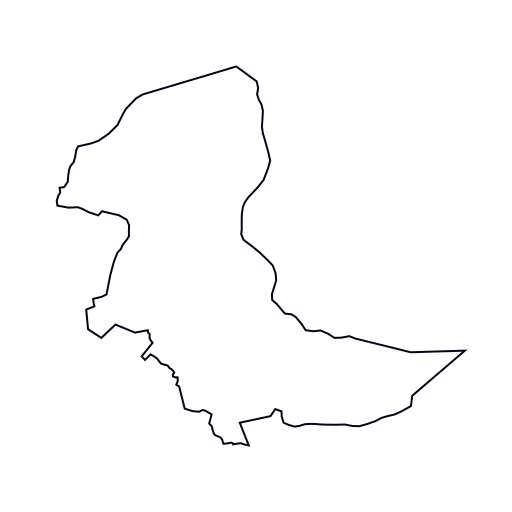 outline of Johor Bahru, Johor, Malaysia, rotated 257°
{"feature_id": "92858781B42177808662163", "entity_name": "Johor Bahru", "entity_type": "district", "adm_level": 2, "iso_a3": "MYS", "parent_name": "Malaysia", "parent_adm1": "Johor", "projection": "natural_earth1", "projection_center": [103.741, 1.468], "detail": "fine", "context": "isolated", "style": "outline", "palette": "ink", "viewbox_px": 512, "rotation_deg": 257, "n_neighbors": 0, "source": "geoboundaries", "source_scale": "gbopen_adm2", "svg_char_len": 2276}
<svg xmlns="http://www.w3.org/2000/svg" viewBox="0 0 512 512"><g transform="rotate(257 256 256)"><path d="M77.7,191.4L77.1,199.0L75.3,201.6L73.1,206.3L97.2,202.7L96.7,234.1L102.5,240.3L98.9,245.9L93.6,244.9L87.4,245.4L84.2,249.6L81.1,255.2L80.7,259.9L81.1,266.0L80.2,271.2L78.9,276.3L77.5,280.5L75.8,286.7L73.5,296.4L71.8,304.7L68.6,311.9L66.9,318.6L67.3,326.3L68.2,335.1L70.0,341.8L70.4,347.5L70.4,355.2L71.8,362.4L74.9,373.2L84.7,376.8L116.8,438.2L127.4,385.1L153.3,334.1L156.9,328.9L157.3,320.2L158.6,314.0L164.0,308.8L168.9,302.1L169.8,294.9L172.5,287.7L179.6,285.1L187.6,281.0L191.2,277.4L193.4,271.2L198.3,268.6L204.5,265.5L209.4,261.9L215.2,262.9L221.5,266.6L227.7,270.2L234.8,271.2L242.9,270.2L248.2,267.1L258.5,260.4L266.0,254.7L274.5,247.5L280.7,246.5L284.7,248.0L291.9,249.6L299.9,251.6L306.6,254.2L311.0,257.3L315.0,261.9L322.2,272.7L328.4,280.5L339.1,287.7L345.8,291.3L355.1,291.3L365.8,290.8L373.9,290.3L380.5,290.8L389.0,293.4L396.1,295.4L402.4,295.4L407.7,293.9L413.1,293.4L419.3,295.9L426.0,295.9L445.1,279.4L438.9,182.0L436.7,174.8L432.7,168.6L428.7,162.5L425.5,159.4L419.3,154.2L414.8,150.6L411.3,144.9L408.2,139.8L403.7,128.4L402.8,120.7L402.8,114.5L402.8,107.3L399.7,104.7L393.5,102.2L388.6,99.6L385.4,95.5L382.3,93.4L377.0,91.3L370.7,89.3L366.3,84.6L366.7,80.0L361.8,79.5L359.1,76.9L354.7,74.3L349.8,73.8L345.3,84.1L343.6,93.4L340.9,97.5L336.4,102.7L331.1,111.4L334.2,116.1L326.6,131.5L320.4,138.2L314.6,139.3L308.8,137.7L303.9,136.7L301.2,134.1L297.2,129.0L293.2,125.9L290.5,121.8L283.0,116.6L270.5,109.9L252.2,101.7L250.9,96.5L250.9,91.3L250.9,87.7L247.3,87.2L243.3,87.2L242.0,78.5L222.4,75.9L211.0,86.9L220.8,103.6L208.6,120.9L208.0,133.8L205.7,133.6L204.2,134.7L202.2,134.5L199.6,133.8L196.9,134.7L194.7,135.7L183.9,122.0L179.7,124.5L183.9,131.1L180.7,134.5L178.3,136.6L175.0,138.0L172.3,139.5L169.2,145.2L166.2,146.5L165.0,148.0L162.8,149.4L160.9,150.1L158.9,148.2L157.3,148.0L155.8,150.3L155.5,152.2L151.6,151.6L148.5,149.4L146.0,151.8L123.3,152.2L120.6,156.8L119.1,159.4L118.1,162.3L117.0,165.7L117.7,168.0L117.9,169.5L116.8,171.6L111.7,177.1L103.3,172.7L101.3,173.9L99.8,174.6L96.0,174.6L92.3,175.0L90.3,176.2L87.2,180.7L84.7,181.7L80.4,182.0L79.8,186.0L79.8,189.6L78.4,191.6L77.7,191.4Z" fill="none" stroke="#020617" stroke-width="2"/></g></svg>